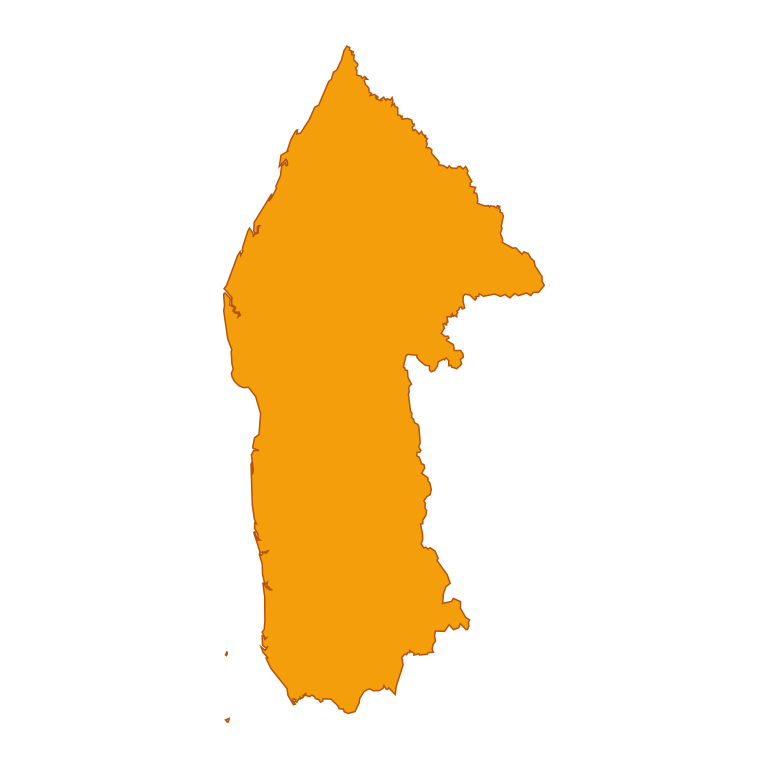 Maintirano, Melaky, Madagascar (Natural Earth projection)
{"feature_id": "10022922B40533998311047", "entity_name": "Maintirano", "entity_type": "district", "adm_level": 2, "iso_a3": "MDG", "parent_name": "Madagascar", "parent_adm1": "Melaky", "projection": "natural_earth1", "projection_center": [44.435, -17.734], "detail": "fine", "context": "isolated", "style": "filled", "palette": "amber", "viewbox_px": 768, "rotation_deg": 0, "n_neighbors": 0, "source": "geoboundaries", "source_scale": "gbopen_adm2", "svg_char_len": 6093}
<svg xmlns="http://www.w3.org/2000/svg" viewBox="0 0 768 768"><path d="M346.9,46.1L343.9,50.9L341.6,59.6L336.8,70.0L333.4,72.3L331.4,79.2L328.7,81.5L318.7,105.2L314.8,107.2L309.1,119.9L300.6,133.0L296.9,134.1L297.5,129.9L296.1,130.5L291.1,139.2L287.0,151.4L288.7,150.7L281.0,155.2L279.3,166.5L286.0,159.2L287.5,162.3L287.4,165.5L285.9,165.5L285.6,162.3L281.6,166.2L280.4,175.8L275.9,186.4L276.5,188.1L272.1,196.9L268.9,201.2L271.8,193.7L254.2,222.4L253.8,231.1L254.9,233.1L257.2,232.6L257.5,226.8L258.3,225.6L260.0,225.7L258.4,227.4L258.2,233.0L254.2,234.6L253.4,237.0L252.9,233.1L249.5,228.1L247.6,231.8L242.8,246.9L242.2,250.4L243.0,250.9L240.8,255.5L240.1,251.7L237.5,255.8L226.5,285.6L224.1,288.6L231.9,297.5L231.6,304.5L235.7,307.5L234.1,310.9L235.5,312.2L238.9,312.0L239.5,313.3L238.3,315.9L240.0,314.2L240.4,315.3L237.9,317.1L238.8,313.2L235.3,313.2L232.9,310.9L234.4,307.5L229.6,305.1L230.4,298.5L225.1,293.0L224.0,293.4L223.7,295.7L224.5,305.4L223.7,310.8L227.7,338.7L231.9,349.9L231.1,351.6L232.0,364.2L233.2,369.0L231.4,373.3L232.1,377.0L234.5,381.3L238.9,385.7L243.1,387.6L248.5,387.4L250.0,389.2L255.7,396.6L260.6,413.6L259.0,434.5L254.5,437.9L252.8,446.7L253.1,448.3L259.1,450.5L253.6,450.6L251.4,454.9L253.3,470.2L252.5,474.5L251.5,463.1L251.0,464.2L252.3,504.8L254.3,518.9L256.3,523.7L254.7,523.0L254.6,528.5L257.9,534.1L258.0,538.2L260.2,540.0L257.2,540.3L255.5,533.3L254.6,531.8L253.8,532.5L260.1,552.3L265.8,551.8L268.7,550.2L266.3,553.1L263.1,552.7L261.4,555.3L259.7,553.2L259.3,554.3L262.2,563.9L262.6,574.7L264.5,582.8L265.6,584.1L267.3,582.2L266.8,586.9L268.6,586.7L269.9,588.9L272.6,589.9L269.5,589.8L266.4,587.6L262.8,582.6L264.7,597.0L264.9,620.8L264.2,629.5L262.1,632.1L265.0,638.2L266.4,637.8L264.9,639.4L263.6,635.7L262.2,635.8L262.5,645.1L266.2,648.2L268.0,646.2L265.2,650.4L261.1,647.0L263.1,652.4L267.8,657.6L266.0,658.1L270.9,668.4L287.0,688.6L288.0,695.3L293.4,704.7L295.3,704.2L292.7,700.1L293.1,698.7L295.8,699.7L295.1,701.4L296.7,702.2L298.9,698.9L300.2,699.0L300.1,697.2L301.7,698.4L303.5,696.8L302.8,694.7L304.0,695.9L304.8,694.5L305.4,696.0L305.7,692.8L306.0,695.5L309.5,696.6L312.1,695.1L314.8,696.9L315.4,698.6L318.8,699.6L320.5,702.2L322.7,700.9L323.2,698.8L330.8,699.1L337.6,705.4L339.1,708.8L343.4,709.1L344.2,711.8L348.3,713.4L355.0,711.6L359.1,702.9L359.8,698.3L364.1,691.5L366.8,689.9L369.8,688.9L373.6,690.8L379.4,690.6L383.1,688.2L384.0,685.6L386.0,689.0L387.6,689.5L388.8,687.8L395.2,694.5L396.3,686.1L403.1,664.9L401.8,657.4L404.7,654.1L406.6,654.7L407.6,652.7L409.9,652.5L409.7,650.6L414.0,653.3L413.9,655.2L418.7,653.7L419.6,655.0L427.3,654.2L428.2,652.6L433.4,652.3L432.1,649.3L433.0,644.7L435.5,640.9L434.5,636.2L435.3,631.0L444.5,631.4L449.1,624.7L453.6,629.7L458.7,627.7L460.3,623.7L466.1,629.7L467.4,629.6L468.9,626.0L468.4,622.4L469.5,619.8L465.7,617.5L460.5,608.4L460.5,601.6L453.3,598.4L451.5,601.4L442.6,603.4L443.4,593.7L446.0,586.6L450.2,583.3L447.3,575.0L437.0,560.4L438.1,558.3L435.0,551.1L430.2,547.7L427.8,549.1L425.9,547.2L423.6,547.8L421.1,543.7L422.7,539.7L422.6,534.6L420.5,523.9L422.8,523.7L422.9,520.0L425.8,515.5L426.6,510.6L424.8,507.7L425.5,503.8L423.8,501.1L426.7,496.7L430.2,494.6L431.3,489.3L429.8,482.8L427.8,480.7L428.1,478.1L421.7,473.3L424.7,468.0L423.9,464.5L421.7,463.9L419.1,457.0L416.6,455.8L417.1,452.4L419.8,452.3L420.8,450.4L418.7,446.9L420.2,442.8L418.9,426.8L417.7,424.4L414.5,422.7L413.7,419.6L411.6,417.3L411.9,413.1L410.5,411.2L408.4,394.2L409.3,391.7L408.7,388.4L409.6,385.7L411.5,384.3L407.9,377.2L407.5,370.5L405.2,370.1L404.9,368.0L403.4,367.2L405.9,356.2L407.6,354.4L416.9,355.2L416.9,357.3L419.6,360.7L425.4,365.4L429.5,365.7L429.4,370.1L431.4,371.8L434.6,370.4L437.2,366.5L438.3,361.8L443.1,359.3L444.4,359.9L445.9,357.9L448.8,360.5L448.6,365.7L451.1,365.4L451.8,367.1L456.8,368.7L461.6,364.0L460.4,359.4L463.4,357.2L462.9,353.7L460.6,350.5L454.3,350.5L453.5,344.7L446.5,340.5L446.4,339.4L449.0,338.0L448.1,336.2L444.8,336.3L441.2,333.4L444.5,328.1L442.9,324.1L444.5,323.8L444.8,322.5L445.0,324.6L446.6,324.9L446.8,322.0L447.9,322.0L446.9,316.8L451.4,316.9L452.0,316.0L451.0,315.2L452.4,313.8L453.1,316.3L454.8,315.5L456.8,316.7L456.5,314.3L457.7,312.6L456.8,311.1L458.7,310.0L459.7,307.3L461.1,306.9L462.3,309.0L464.6,308.1L463.0,300.7L463.3,296.1L465.0,294.2L469.7,295.0L475.1,300.1L476.3,298.5L475.7,296.6L478.7,296.4L479.3,293.7L483.5,296.3L494.8,294.0L500.5,296.4L504.8,294.5L509.9,297.9L514.8,293.4L518.5,295.7L526.4,293.0L530.9,295.5L533.3,292.3L538.5,292.4L544.3,285.3L542.1,281.5L542.0,276.5L535.1,266.0L534.0,260.9L531.2,258.6L528.1,253.4L523.7,251.8L522.0,254.3L515.8,247.8L512.8,248.2L502.5,242.5L502.6,239.1L500.3,233.4L502.1,228.4L501.2,226.5L503.3,216.2L502.3,213.1L499.8,212.0L500.5,210.1L499.4,209.1L499.7,207.1L498.7,207.8L498.9,206.1L497.4,205.7L496.2,207.9L494.3,206.4L490.6,205.9L489.5,207.0L488.4,205.6L484.9,206.0L477.1,203.2L477.8,200.3L477.0,194.7L476.0,193.1L473.7,192.7L475.6,187.3L470.1,186.4L470.2,182.9L471.9,181.6L467.2,173.4L468.0,170.9L465.7,166.5L463.0,169.0L460.3,166.3L458.0,166.6L456.8,168.3L451.3,168.0L449.2,165.9L447.3,168.1L443.4,165.5L438.8,164.9L438.9,161.7L431.6,153.3L431.8,149.8L429.4,147.7L426.0,147.6L427.3,143.8L426.0,140.9L427.5,138.6L424.9,137.4L424.6,135.9L425.8,136.8L425.6,135.5L422.9,134.7L421.5,131.4L419.0,134.1L415.3,129.5L413.2,130.7L412.2,127.0L414.0,125.8L414.2,124.1L412.9,124.2L411.5,120.0L407.7,118.4L402.0,119.3L402.1,116.2L400.8,116.9L400.1,115.2L397.8,115.1L397.7,107.6L395.1,106.6L394.3,103.6L391.8,105.6L392.9,101.1L392.1,97.5L390.4,100.0L387.1,98.6L385.9,100.4L383.6,97.1L380.9,99.2L381.9,100.2L381.0,100.8L376.3,98.8L375.9,97.2L377.9,97.7L377.8,96.8L374.5,94.5L370.1,95.5L371.5,93.4L369.1,92.1L368.8,88.0L365.4,84.4L364.3,80.8L365.1,79.1L367.5,79.3L364.6,76.5L362.1,78.3L361.0,76.1L356.7,75.1L356.9,70.4L355.5,67.8L357.7,65.8L357.7,63.9L353.6,59.7L354.2,54.9L351.9,54.8L351.5,52.2L353.1,52.8L353.2,51.6L349.3,50.2L349.8,47.5L346.9,46.1ZM228.4,721.9L229.2,718.4L225.5,719.9L226.9,721.8L228.4,721.9ZM226.5,655.6L227.2,653.9L227.0,651.4L225.5,655.0L226.5,655.6Z" fill="#f59e0b" stroke="#b45309" stroke-width="1.5"/></svg>